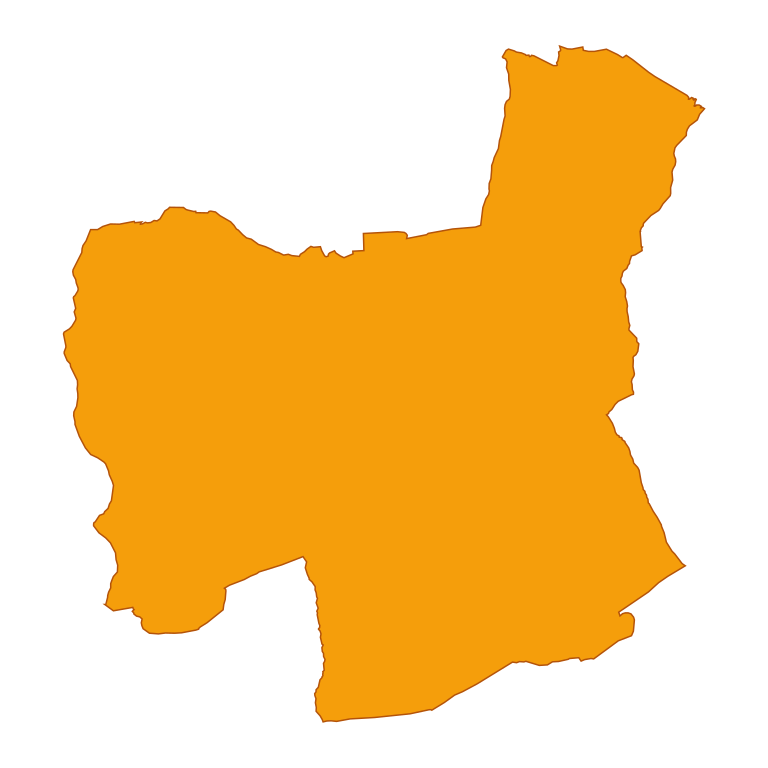 Zatreni, Vâlcea, Romania
{"feature_id": "2599482B72418277367964", "entity_name": "Zatreni", "entity_type": "district", "adm_level": 2, "iso_a3": "ROU", "parent_name": "Romania", "parent_adm1": "Vâlcea", "projection": "mercator", "projection_center": [23.843, 44.774], "detail": "fine", "context": "isolated", "style": "filled", "palette": "amber", "viewbox_px": 768, "rotation_deg": 0, "n_neighbors": 0, "source": "geoboundaries", "source_scale": "gbopen_adm2", "svg_char_len": 6021}
<svg xmlns="http://www.w3.org/2000/svg" viewBox="0 0 768 768"><path d="M685.3,565.8L682.1,563.6L674.7,553.9L672.0,551.2L666.4,542.2L664.1,532.7L661.5,526.3L661.3,524.8L657.1,517.2L653.2,511.3L649.2,503.7L648.3,502.9L647.9,499.2L646.7,497.2L646.5,495.1L645.2,493.2L644.9,491.3L643.2,489.5L643.0,487.8L641.3,482.7L639.1,470.2L637.7,467.5L633.7,463.1L632.8,459.1L630.5,454.9L629.9,451.4L628.7,447.9L625.1,442.6L624.9,441.5L622.0,439.5L622.1,438.5L621.6,437.6L619.3,437.2L619.1,436.0L616.9,434.8L615.3,432.1L614.4,428.4L612.4,423.3L608.4,416.9L606.5,414.8L608.5,413.5L608.9,412.0L611.8,409.5L615.1,404.4L618.2,401.3L631.7,394.7L633.4,394.3L633.5,393.4L633.5,392.1L632.4,389.8L632.1,384.5L631.4,381.8L632.0,379.1L634.0,375.8L634.4,373.9L633.0,366.7L633.3,360.5L633.0,357.5L633.7,356.3L635.9,354.7L637.8,351.3L638.8,343.8L636.8,341.6L636.7,338.2L629.0,330.1L628.9,328.8L629.8,325.4L628.7,321.9L628.2,316.6L627.1,311.6L627.0,308.6L627.5,306.0L626.7,301.4L625.2,296.7L625.6,292.7L625.3,289.6L623.2,285.5L621.1,282.6L620.8,281.2L620.8,278.4L622.0,276.0L622.4,273.2L623.4,271.1L626.8,268.5L628.1,265.2L629.5,263.5L629.6,261.4L631.5,255.9L635.2,254.8L642.1,250.6L641.8,247.7L642.4,247.1L641.3,246.6L640.1,231.5L640.5,231.4L640.4,230.3L641.4,227.8L643.2,225.8L643.2,224.4L643.7,223.1L650.9,215.5L658.7,210.4L660.2,208.5L662.9,203.9L670.2,195.7L670.7,193.4L670.6,187.6L672.7,180.1L672.0,172.1L672.8,169.2L675.1,165.1L675.7,161.8L675.5,158.9L674.3,156.0L673.8,153.4L675.0,147.8L676.7,145.4L686.3,135.5L686.4,132.2L687.4,129.2L689.5,125.8L697.3,119.9L699.6,114.3L704.5,108.7L703.0,107.7L700.5,107.8L700.5,107.2L701.4,106.4L699.1,105.0L696.6,105.0L695.6,106.0L694.3,106.2L694.2,105.7L694.9,105.0L694.9,102.6L696.3,99.5L696.0,99.1L695.0,98.7L694.6,98.9L694.3,99.9L693.5,99.9L693.0,99.0L693.2,98.2L691.6,97.5L689.4,99.2L688.5,99.2L688.7,97.4L687.0,95.4L655.0,76.6L648.7,72.3L632.8,59.8L626.2,55.3L623.0,57.6L622.2,57.5L617.6,54.6L606.4,49.2L594.5,51.4L588.5,51.4L583.3,50.3L582.8,47.0L572.0,49.1L567.5,48.9L559.6,46.1L560.7,50.0L560.4,50.8L558.6,52.0L559.0,55.5L557.9,60.8L556.6,62.8L557.3,65.1L556.7,65.6L553.3,65.6L533.9,55.8L531.5,55.3L530.7,56.4L529.5,56.6L528.9,55.1L526.0,55.4L525.5,54.6L521.4,52.9L516.5,52.1L514.3,50.9L508.5,49.1L506.1,50.5L502.4,56.9L503.0,57.8L505.6,58.9L507.1,61.9L506.5,67.7L508.7,74.1L508.8,80.3L510.4,89.4L510.1,96.4L509.3,99.1L506.5,101.4L505.1,104.6L504.6,108.3L505.1,116.0L504.0,119.5L500.7,136.6L499.5,140.3L498.4,148.6L494.2,157.6L493.2,161.5L491.7,165.5L491.6,170.4L490.9,178.9L489.2,183.4L489.0,189.0L489.4,190.9L488.6,194.6L485.9,198.8L482.9,207.5L480.7,225.3L475.3,227.1L452.6,229.0L428.2,233.4L426.6,234.7L406.6,238.6L407.3,235.3L406.0,233.5L404.3,232.4L397.5,231.7L363.4,233.5L363.9,250.6L352.8,251.2L353.0,253.9L344.0,257.7L340.4,256.0L336.0,253.1L334.5,250.8L329.7,252.9L328.5,254.1L328.1,256.1L326.3,256.7L325.2,256.4L324.3,255.3L321.7,250.6L320.4,246.7L313.6,247.3L310.9,246.4L307.1,249.1L304.5,251.7L300.4,254.3L299.4,256.4L291.8,255.6L288.3,254.3L283.7,255.1L278.5,252.5L275.8,252.0L271.5,249.4L265.5,246.7L258.5,244.5L251.3,239.2L246.5,237.9L242.6,234.6L238.3,230.1L236.4,229.0L234.0,225.4L230.6,221.8L220.0,215.7L215.5,212.0L210.7,211.1L209.1,211.4L207.8,212.9L196.0,212.7L195.7,211.3L193.8,211.5L187.5,210.0L185.9,209.4L183.5,207.5L169.6,207.3L168.1,208.9L164.9,210.9L160.0,218.9L157.0,220.9L154.1,220.5L150.8,222.5L147.4,222.9L145.3,222.3L142.7,223.8L140.4,224.2L140.5,223.1L141.6,222.0L134.8,222.7L134.2,221.4L119.4,224.2L110.5,224.0L102.7,226.5L97.6,229.6L90.6,229.6L86.1,240.9L83.0,245.5L82.1,248.6L81.8,252.5L73.1,269.7L72.8,271.7L73.4,275.2L75.7,279.5L76.3,283.1L78.1,288.0L78.1,290.0L77.6,291.3L75.0,295.6L73.7,296.7L73.3,297.9L75.7,308.4L74.2,311.9L76.0,318.2L75.6,320.2L71.9,326.3L69.4,328.9L64.1,332.2L63.5,333.9L65.9,346.0L65.8,347.6L64.2,351.9L64.2,353.5L67.1,360.5L70.2,363.8L70.6,366.6L77.4,380.5L77.6,384.8L77.1,388.9L77.8,393.5L77.9,397.7L76.6,406.4L73.9,412.0L73.7,415.7L75.0,421.7L75.0,424.4L79.3,436.3L85.4,447.9L90.7,454.5L97.7,457.8L103.9,462.0L105.6,463.8L108.5,470.8L109.3,474.8L112.2,481.2L113.5,485.4L111.4,500.8L109.5,503.9L108.1,508.4L104.7,511.6L103.7,513.8L99.5,515.4L95.2,521.9L94.0,522.6L93.6,523.9L93.6,525.8L99.0,532.9L105.7,537.9L110.4,542.8L115.5,552.8L116.1,559.7L117.7,565.2L117.4,572.0L113.4,576.5L112.1,579.7L110.7,583.6L110.7,587.9L108.6,592.2L107.7,595.5L107.6,597.4L105.8,604.5L104.8,604.5L113.4,610.8L132.8,607.4L133.3,608.9L134.1,609.6L132.3,611.3L133.8,613.0L133.9,614.0L136.5,616.1L139.8,616.9L142.1,619.0L141.3,622.8L141.9,625.7L143.1,628.7L149.4,633.2L158.4,633.9L165.5,633.0L174.6,633.2L181.6,632.8L195.8,630.1L198.6,629.2L198.6,628.6L200.2,627.0L207.2,622.6L223.1,609.8L223.8,604.4L225.2,599.6L225.9,590.9L225.7,589.4L224.4,588.2L229.5,585.2L244.3,579.5L250.4,576.2L256.8,573.6L259.1,571.9L281.6,564.9L303.0,556.6L306.6,561.9L305.3,567.8L307.4,574.4L309.1,578.1L309.2,579.4L312.0,581.9L315.2,586.6L315.1,589.9L316.2,592.8L316.7,596.9L317.5,598.2L316.2,602.8L318.2,608.2L316.8,611.2L317.5,612.8L317.2,614.7L318.9,623.3L319.8,625.5L319.6,627.7L318.6,628.6L318.5,629.2L320.1,631.1L321.0,633.9L320.4,637.3L322.0,644.1L323.2,645.0L321.9,647.6L322.3,651.5L323.5,653.3L323.6,656.5L325.0,659.4L324.7,661.2L323.5,663.4L324.2,670.3L322.8,671.7L323.1,672.9L322.7,674.0L322.9,675.7L322.1,676.7L321.9,677.7L320.0,679.8L318.3,687.3L316.1,689.7L316.0,691.9L314.7,693.6L314.9,695.6L316.0,698.7L315.4,702.8L316.3,707.4L316.1,711.3L320.1,715.8L322.3,719.7L323.1,721.9L326.8,721.0L331.1,720.8L336.6,721.4L350.1,718.9L374.5,717.5L410.1,713.8L429.2,709.7L431.1,709.7L431.8,710.2L444.5,702.4L454.6,695.1L462.5,691.7L477.2,683.8L512.5,662.1L516.6,662.7L519.4,661.6L523.9,661.9L525.9,661.3L539.3,665.4L547.4,664.9L552.5,661.8L558.5,661.5L568.2,659.3L569.5,658.5L578.8,657.7L581.1,661.1L584.6,659.6L591.0,658.5L593.7,658.9L618.3,640.8L631.5,635.7L633.4,631.2L634.4,619.9L633.6,617.2L631.0,613.9L628.2,612.9L625.2,612.9L622.5,613.7L620.0,615.9L618.7,612.2L648.5,591.9L658.7,582.6L667.8,576.3L685.3,565.8Z" fill="#f59e0b" stroke="#b45309" stroke-width="1.5"/></svg>